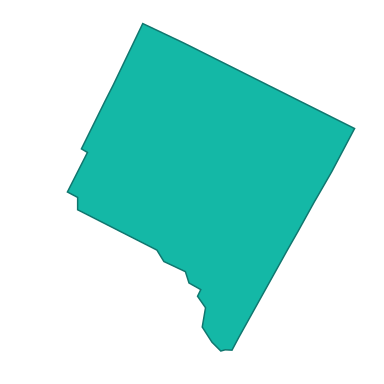 Decatur, Georgia, United States of America (Albers equal-area conic projection), rotated 296°
{"feature_id": "52423323B73642037306772", "entity_name": "Decatur", "entity_type": "district", "adm_level": 2, "iso_a3": "USA", "parent_name": "United States of America", "parent_adm1": "Georgia", "projection": "albers", "projection_center": [-84.677, 30.885], "detail": "fine", "context": "isolated", "style": "filled", "palette": "teal", "viewbox_px": 384, "rotation_deg": 296, "n_neighbors": 0, "source": "geoboundaries", "source_scale": "gbopen_adm2", "svg_char_len": 514}
<svg xmlns="http://www.w3.org/2000/svg" viewBox="0 0 384 384"><g transform="rotate(296 192 192)"><path d="M321.8,73.9L253.4,74.3L235.4,74.0L182.3,73.7L181.7,80.7L137.4,80.0L137.0,91.6L125.9,97.0L124.4,185.9L117.2,197.2L117.5,221.0L108.9,229.2L108.1,242.7L100.7,242.7L93.9,254.9L75.1,260.4L65.7,275.9L61.7,287.6L64.7,291.0L67.4,297.3L68.0,297.3L82.1,297.8L182.2,303.2L202.3,304.5L237.3,306.3L239.6,306.5L271.3,308.7L320.3,310.3L322.3,119.2L321.8,73.9Z" fill="#14b8a6" stroke="#0f766e" stroke-width="1.5"/></g></svg>